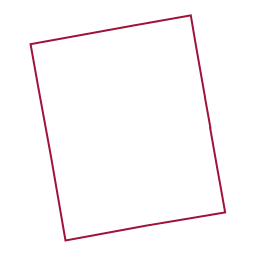 Butler, Kansas, United States of America, rotated 170°
{"feature_id": "52423323B56530624161851", "entity_name": "Butler", "entity_type": "district", "adm_level": 2, "iso_a3": "USA", "parent_name": "United States of America", "parent_adm1": "Kansas", "projection": "albers", "projection_center": [-96.999, 37.782], "detail": "fine", "context": "isolated", "style": "outline", "palette": "rose", "viewbox_px": 256, "rotation_deg": 170, "n_neighbors": 0, "source": "geoboundaries", "source_scale": "gbopen_adm2", "svg_char_len": 450}
<svg xmlns="http://www.w3.org/2000/svg" viewBox="0 0 256 256"><g transform="rotate(170 128 128)"><path d="M209.1,28.1L127.3,28.7L47.0,28.0L47.0,56.5L47.1,67.6L47.1,68.1L47.1,70.8L47.1,71.0L47.1,85.2L47.1,113.8L46.8,113.8L46.9,142.3L46.8,147.1L46.8,151.8L46.8,161.4L46.8,170.9L46.8,199.4L46.7,213.7L46.6,228.0L75.0,228.0L102.8,228.0L103.2,228.0L209.4,227.5L209.3,184.8L208.8,113.5L209.1,28.1Z" fill="none" stroke="#9f1239" stroke-width="2"/></g></svg>